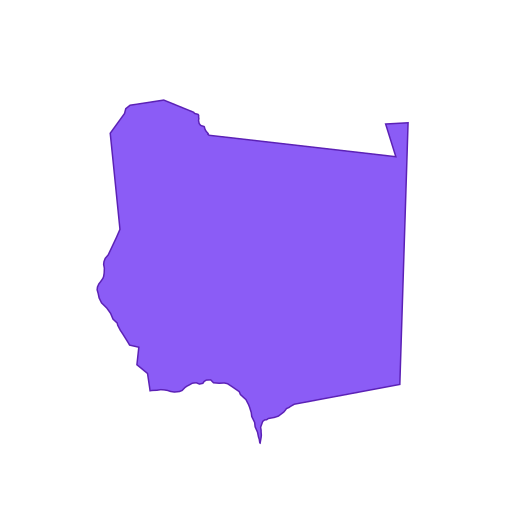 Santiago Yaitepec, Oaxaca, Mexico (orthographic projection), rotated 19°
{"feature_id": "50627088B1760637250233", "entity_name": "Santiago Yaitepec", "entity_type": "district", "adm_level": 2, "iso_a3": "MEX", "parent_name": "Mexico", "parent_adm1": "Oaxaca", "projection": "orthographic", "projection_center": [-97.247, 16.21], "detail": "fine", "context": "isolated", "style": "filled", "palette": "violet", "viewbox_px": 512, "rotation_deg": 19, "n_neighbors": 0, "source": "geoboundaries", "source_scale": "gbopen_adm2", "svg_char_len": 1743}
<svg xmlns="http://www.w3.org/2000/svg" viewBox="0 0 512 512"><g transform="rotate(19 256 256)"><path d="M356.4,80.5L355.5,80.9L335.6,89.0L355.9,116.6L172.5,157.1L170.9,156.6L170.9,156.1L170.9,155.8L170.3,155.5L168.9,154.7L167.6,153.8L166.4,152.6L165.4,151.2L165.1,150.7L164.8,150.5L163.2,150.5L161.8,150.6L160.7,150.3L159.1,149.2L158.1,147.5L157.7,147.0L157.1,144.3L156.6,143.6L156.0,141.7L155.2,141.0L154.3,141.0L151.7,141.2L151.4,141.2L150.3,140.4L150.0,140.4L118.0,138.6L88.1,154.3L87.8,154.5L85.4,158.3L84.9,159.1L85.3,164.1L78.2,187.4L88.9,210.5L118.7,275.1L118.0,283.9L115.9,303.1L114.2,307.3L114.1,310.8L114.7,313.6L116.6,316.9L118.0,321.6L118.6,325.0L118.5,327.0L117.3,331.3L116.5,333.5L116.2,336.9L116.8,339.7L118.9,342.7L121.3,346.7L125.2,350.6L131.9,353.8L137.2,357.6L141.4,362.3L146.6,364.6L147.8,366.5L152.0,370.5L155.3,373.0L162.7,379.0L165.5,381.4L174.9,380.4L178.8,397.6L191.7,402.4L198.6,415.7L199.7,417.9L201.4,417.0L206.0,415.2L209.4,413.4L212.7,412.5L216.2,411.9L219.3,411.9L223.1,411.2L227.7,409.1L229.9,407.2L231.7,403.4L233.1,401.5L235.1,399.4L237.1,397.1L239.2,396.0L241.0,395.3L244.2,395.5L247.2,393.7L247.8,391.5L249.4,389.5L253.5,387.9L257.1,389.7L262.6,388.3L267.3,386.4L269.0,386.2L270.6,386.0L275.8,387.3L284.3,389.7L286.4,392.1L291.5,394.3L293.2,395.0L297.4,399.0L299.1,401.0L302.5,405.6L304.2,409.1L308.9,413.8L310.8,417.8L314.8,422.1L317.2,426.2L318.8,428.3L320.4,431.4L320.8,431.5L319.9,425.9L319.4,423.7L318.1,420.7L317.5,419.0L316.1,416.4L316.2,410.2L317.5,408.2L319.4,407.3L320.5,405.7L324.2,403.6L325.7,402.8L329.3,400.1L333.1,394.4L333.9,392.3L334.5,390.3L335.3,389.6L336.6,388.4L337.3,387.3L340.4,383.7L365.2,369.6L433.8,330.6L356.4,80.5Z" fill="#8b5cf6" stroke="#5b21b6" stroke-width="1.5"/></g></svg>